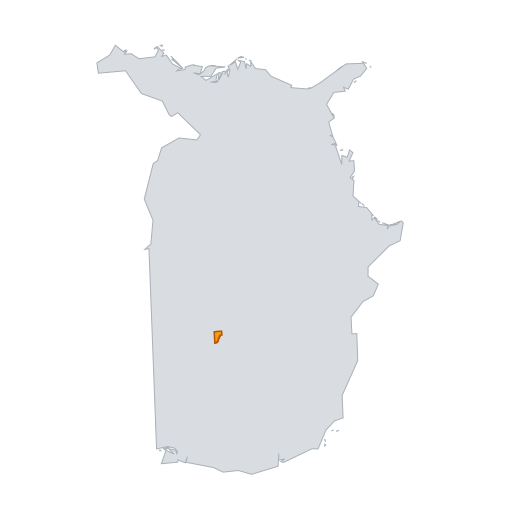 Washakie, Wyoming, United States of America shown in context, rotated 267°
{"feature_id": "52423323B98005651904481", "entity_name": "Washakie", "entity_type": "district", "adm_level": 2, "iso_a3": "USA", "parent_name": "United States of America", "parent_adm1": "Wyoming", "projection": "orthographic", "projection_center": [-107.8, 43.834], "detail": "fine", "context": "in_parent", "style": "filled", "palette": "amber", "viewbox_px": 512, "rotation_deg": 267, "n_neighbors": 0, "source": "geoboundaries", "source_scale": "gbopen_adm2", "svg_char_len": 4155}
<svg xmlns="http://www.w3.org/2000/svg" viewBox="0 0 512 512"><g transform="rotate(267 256 256)"><path d="M424.2,150.1L447.8,135.4L446.8,108.2L457.2,107.2L464.3,120.5L473.8,126.5L466.5,134.9L467.2,137.6L464.3,135.3L464.6,141.9L459.1,149.5L460.2,165.7L466.9,169.4L469.4,167.2L467.6,165.0L468.9,165.7L470.4,168.5L463.2,174.6L460.3,172.3L461.3,177.0L452.1,182.7L446.9,191.7L446.5,188.2L445.0,186.5L445.9,194.9L448.4,195.2L450.1,201.9L448.0,212.4L440.9,209.7L442.2,203.1L439.8,208.3L443.3,213.4L446.7,215.6L448.4,219.1L446.4,235.3L445.6,226.0L437.8,220.4L438.2,210.6L434.0,215.3L440.0,226.9L433.8,225.2L432.2,226.3L432.5,221.8L432.0,220.6L431.3,224.4L432.1,227.0L441.3,228.6L440.3,231.5L435.5,228.6L433.9,228.4L439.9,231.9L442.1,232.1L442.1,235.7L438.9,234.2L444.1,237.4L443.4,238.4L440.9,236.8L435.8,237.6L443.1,239.7L446.8,238.0L454.2,247.8L448.1,240.4L451.0,245.7L443.5,247.5L450.4,250.9L452.4,248.3L450.8,254.7L443.5,255.8L448.5,256.7L445.7,260.8L450.5,260.9L443.2,265.3L441.6,275.2L434.8,280.3L424.6,300.6L422.3,299.6L420.2,315.4L420.5,319.0L425.4,328.7L443.1,355.9L442.8,373.5L437.4,376.4L430.1,369.6L427.5,362.7L417.8,356.9L419.8,352.3L415.9,353.7L415.3,342.3L403.7,334.4L389.7,341.3L385.9,335.6L371.5,338.9L372.8,336.0L370.7,339.1L364.4,341.9L363.4,337.0L362.9,340.8L343.0,346.4L352.0,347.0L349.8,352.2L357.0,355.1L354.1,358.2L345.9,353.9L346.1,358.7L335.8,358.8L329.3,354.1L326.3,357.8L310.9,356.0L303.0,363.8L305.0,361.7L300.1,360.8L298.6,369.0L289.9,375.5L291.9,373.7L285.8,373.7L288.1,376.1L281.4,380.4L279.4,389.4L276.1,388.5L279.0,390.5L280.2,398.4L283.5,402.9L281.5,404.8L263.7,400.7L259.0,389.4L239.3,367.4L229.9,366.8L221.5,376.7L210.1,371.0L204.8,360.3L190.0,347.7L173.2,347.7L173.2,352.6L146.2,352.1L112.2,334.7L89.7,334.5L87.3,325.8L78.6,316.8L60.0,307.8L60.6,301.9L48.4,272.7L49.3,270.0L51.9,274.0L50.8,267.9L57.6,268.5L44.9,267.0L38.2,240.1L42.7,227.3L41.9,211.7L46.9,202.7L53.7,175.2L59.2,177.1L53.2,174.5L56.4,167.3L54.2,167.0L53.5,150.6L66.7,156.0L62.5,163.7L68.1,158.7L66.4,165.5L62.8,166.6L65.1,167.3L68.2,164.9L70.4,158.1L68.5,146.6L269.0,149.5L268.4,145.3L273.4,151.6L297.1,155.0L318.7,147.4L353.7,158.2L356.4,162.7L369.0,167.4L377.9,185.3L375.0,203.0L380.0,206.9L403.1,185.4L399.7,178.8L401.6,176.7L415.6,170.6L424.2,150.1ZM456.2,184.4L460.1,181.5L447.1,193.0L457.1,181.9L456.2,184.4ZM68.4,153.5L69.4,158.2L69.1,158.8L67.2,155.1L68.4,153.5ZM283.1,401.5L280.2,394.8L280.0,390.8L280.7,394.9L283.1,401.5ZM467.7,134.8L468.6,136.9L467.8,136.8L467.7,134.8ZM329.7,356.2L330.4,357.7L328.6,356.7L329.7,356.2ZM66.7,315.7L69.0,315.0L69.1,315.3L66.7,315.7ZM64.4,314.7L63.4,315.7L62.7,314.6L64.4,314.7ZM467.0,173.0L466.5,175.0L466.0,174.8L467.0,173.0ZM281.0,386.9L280.0,390.3L282.6,383.7L281.0,386.9ZM437.7,346.9L441.1,352.2L437.2,346.4L437.7,346.9ZM77.5,322.6L78.3,324.5L77.4,322.7L77.5,322.6ZM443.9,374.1L442.5,376.6L444.6,371.6L443.9,374.1ZM456.0,251.4L455.0,254.5L454.6,248.2L456.0,251.4ZM67.1,149.5L66.9,150.8L66.3,150.0L67.1,149.5ZM288.3,377.4L285.2,379.3L288.4,376.9L288.3,377.4ZM471.1,171.6L471.7,173.2L470.3,173.4L471.1,171.6ZM77.0,327.4L77.5,329.7L76.7,327.6L77.0,327.4ZM284.5,380.6L283.2,381.6L284.3,380.1L284.5,380.6ZM448.6,222.0L448.0,226.0L448.5,220.6L448.6,222.0ZM302.1,365.3L300.1,366.9L302.9,364.3L302.1,365.3ZM421.0,316.9L421.2,319.6L420.6,317.9L421.0,316.9ZM451.2,261.1L450.8,261.8L452.0,259.1L451.2,261.1ZM394.8,339.2L392.7,341.2L391.7,341.2L394.8,339.2ZM363.4,341.7L363.0,342.3L361.5,342.5L363.4,341.7ZM425.0,363.8L425.7,365.5L424.4,363.6L425.0,363.8ZM357.6,346.9L357.5,348.7L356.9,345.7L357.6,346.9ZM439.3,380.2L438.0,380.9L439.8,379.7L439.3,380.2ZM450.2,203.2L449.9,205.1L450.1,202.4L450.2,203.2ZM453.8,255.6L453.3,256.5L453.1,256.5L453.8,255.6Z" fill="#d9dde1" stroke="#a8b0b8" stroke-width="1"/><path d="M182.7,217.7L182.7,217.1L182.7,214.2L182.5,210.3L182.4,210.3L178.1,210.3L177.8,210.3L174.8,210.3L171.1,210.3L171.1,211.3L171.6,211.3L171.6,212.3L172.1,212.3L172.1,213.2L173.0,213.3L173.0,213.9L174.0,213.9L173.9,214.1L174.1,214.2L175.9,214.2L175.9,215.2L177.8,215.2L177.8,216.1L178.8,216.1L178.8,217.8L179.3,217.8L181.6,217.7L181.7,217.8L182.7,217.7Z" fill="#f59e0b" stroke="#b45309" stroke-width="1.5"/></g></svg>